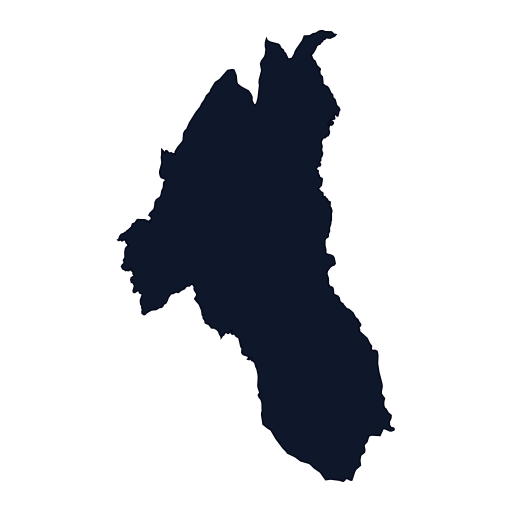 Sasaima, Cundinamarca, Colombia (Equal Earth projection)
{"feature_id": "7082276B5066904917882", "entity_name": "Sasaima", "entity_type": "district", "adm_level": 2, "iso_a3": "COL", "parent_name": "Colombia", "parent_adm1": "Cundinamarca", "projection": "equal_earth", "projection_center": [-74.404, 4.947], "detail": "fine", "context": "isolated", "style": "filled", "palette": "ink", "viewbox_px": 512, "rotation_deg": 0, "n_neighbors": 0, "source": "geoboundaries", "source_scale": "gbopen_adm2", "svg_char_len": 6031}
<svg xmlns="http://www.w3.org/2000/svg" viewBox="0 0 512 512"><path d="M304.3,36.1L302.6,40.6L296.3,49.6L295.0,52.1L294.7,53.6L292.2,58.2L289.0,59.1L288.0,58.9L285.3,53.1L284.1,52.6L283.3,50.0L280.9,48.2L279.6,45.4L278.5,44.3L270.1,42.1L267.3,40.6L266.5,38.8L265.5,42.4L265.4,46.1L266.1,49.5L265.4,54.5L264.7,56.7L261.5,61.1L260.6,63.9L261.8,70.4L259.4,79.8L259.2,82.3L259.6,85.4L258.2,97.8L256.7,103.6L255.0,105.0L254.4,105.2L253.9,104.6L251.9,100.5L252.0,97.3L251.6,96.2L250.6,94.0L248.4,90.9L241.3,87.1L237.7,84.3L236.8,82.6L236.1,75.6L234.0,70.1L232.3,69.6L227.7,70.5L219.9,79.4L215.3,82.5L211.0,89.6L210.2,92.1L206.6,95.6L204.4,100.3L201.8,103.8L200.5,106.9L196.2,112.3L189.5,123.0L186.7,129.5L185.1,130.7L183.7,133.4L183.3,139.4L182.8,141.4L177.9,147.2L175.3,151.5L175.2,154.1L174.3,153.6L173.0,154.1L171.4,152.8L168.9,153.2L167.2,151.0L166.2,150.6L165.6,151.1L165.3,152.8L164.8,152.8L161.8,149.6L161.8,154.8L161.4,157.2L162.0,162.8L159.7,171.4L159.8,173.5L160.4,176.0L161.3,177.6L164.7,178.8L166.0,180.1L163.8,182.4L163.4,187.8L161.9,190.8L161.3,194.3L160.5,196.9L156.3,199.9L155.1,202.4L154.8,206.3L153.9,209.4L150.1,213.2L149.0,215.3L150.7,216.5L151.4,217.7L151.4,218.8L150.9,219.9L149.7,220.5L149.0,221.9L147.8,221.0L146.4,220.9L145.8,220.1L144.8,219.8L137.3,219.6L135.1,222.9L132.4,224.0L131.7,226.9L128.1,230.2L127.1,230.7L126.0,232.3L124.9,232.4L123.8,233.5L121.2,234.4L119.9,236.2L118.7,239.4L117.8,239.9L118.6,240.5L121.1,239.7L121.4,240.6L121.9,240.9L124.2,239.8L125.0,239.9L125.6,240.5L126.2,242.8L127.5,243.7L127.9,245.1L128.8,245.7L126.4,247.1L125.4,249.1L124.9,252.3L125.1,257.4L123.4,260.4L124.0,261.4L124.1,263.1L123.8,263.8L122.5,264.6L121.5,266.6L123.0,269.1L124.2,269.5L125.6,270.6L126.6,270.0L127.4,270.5L128.9,270.6L130.1,268.9L130.6,268.7L131.2,270.6L133.0,271.4L133.0,273.8L134.5,275.8L131.3,277.7L130.8,279.7L131.4,282.3L132.8,282.7L134.4,285.2L134.2,287.3L133.2,290.5L133.2,291.7L133.8,292.4L134.8,292.5L138.0,290.3L139.0,291.1L139.6,292.9L141.8,293.7L142.1,294.3L142.1,295.5L140.5,299.8L140.5,301.2L140.7,304.0L142.0,306.5L141.8,308.3L142.6,309.2L142.0,311.4L142.1,313.3L143.6,314.5L144.8,314.6L146.5,312.8L151.3,310.0L156.1,309.5L159.2,307.6L160.9,307.4L162.5,306.6L163.7,304.2L165.9,303.0L167.2,300.5L168.2,297.4L171.0,293.7L173.4,293.4L175.9,291.9L178.4,292.5L180.9,290.3L184.5,288.7L185.9,286.6L187.4,286.0L189.5,285.9L191.0,284.4L192.8,284.2L194.4,287.1L194.1,288.6L194.4,290.1L196.9,294.0L196.6,295.8L194.8,298.6L195.0,299.3L199.4,304.5L201.8,310.5L202.3,315.0L203.1,316.0L203.3,318.3L205.0,320.6L205.2,322.6L205.6,323.1L209.0,324.5L211.5,327.9L213.8,327.9L216.8,329.4L218.6,331.4L219.6,334.2L221.1,336.7L221.2,337.7L222.5,335.7L223.7,335.0L224.5,333.4L225.9,332.2L227.9,333.4L228.6,333.3L231.0,330.7L231.7,330.4L231.1,332.1L231.3,333.5L232.4,334.3L234.2,333.5L236.3,336.5L237.9,337.1L239.0,338.2L240.7,345.8L241.1,346.9L241.5,346.6L242.1,348.9L241.8,352.3L242.3,353.7L243.6,354.7L248.3,356.3L248.7,357.6L247.6,359.2L249.1,359.6L250.9,358.3L251.5,360.3L252.0,360.0L254.9,362.8L256.0,366.9L257.0,368.9L258.1,374.1L258.4,377.4L257.9,385.5L258.3,388.0L259.7,392.0L259.6,393.1L258.3,395.0L259.2,397.3L261.1,399.5L262.1,403.0L262.3,410.9L261.7,413.3L261.7,415.0L263.1,424.3L268.0,428.2L271.0,430.0L276.0,438.6L282.8,447.7L286.6,451.6L287.4,453.0L295.2,456.7L300.6,460.8L309.2,463.3L310.7,464.4L314.1,467.8L320.4,472.2L325.7,479.7L330.4,479.0L339.3,480.1L343.1,481.3L344.6,480.3L345.5,478.6L347.2,478.5L350.8,480.2L351.8,480.1L354.5,471.8L355.7,469.4L360.4,465.3L359.8,460.3L360.4,456.5L360.8,455.2L364.3,452.4L364.7,451.0L364.7,449.2L363.9,445.8L364.7,444.1L367.0,441.6L368.6,436.2L370.5,435.2L372.4,435.0L380.0,435.5L383.0,428.7L383.9,428.5L386.0,429.1L389.9,430.9L391.7,430.9L393.8,430.0L394.2,429.2L393.6,428.1L390.7,427.4L389.3,424.7L389.3,421.5L390.9,418.1L391.1,415.3L388.2,413.0L385.8,408.9L384.8,408.5L383.7,405.8L383.6,401.8L384.5,398.4L382.4,395.7L381.2,393.6L381.2,391.5L382.1,386.7L381.9,384.2L378.8,372.1L377.5,363.4L377.8,355.0L377.1,351.4L375.6,350.5L372.0,350.3L371.5,349.9L371.2,348.6L371.5,346.1L369.4,343.3L367.1,338.4L359.9,331.9L359.5,331.0L359.5,329.3L358.7,327.8L360.5,325.5L360.6,324.3L358.7,321.6L357.9,319.6L355.5,317.7L352.9,312.8L349.0,309.5L346.5,308.6L343.2,304.6L342.8,303.6L341.4,303.0L340.1,301.7L339.7,300.9L339.2,298.0L337.9,296.2L334.0,294.4L333.6,293.7L333.2,289.1L332.7,287.7L331.6,286.9L330.4,287.2L328.4,284.1L328.3,278.4L326.8,273.8L327.4,270.8L330.1,267.1L332.3,265.5L334.2,264.9L335.2,263.5L334.0,257.8L332.9,256.1L331.1,255.2L327.0,254.1L325.7,253.2L325.8,249.9L324.8,245.4L324.9,239.9L325.8,238.2L327.8,237.1L328.3,236.2L328.3,233.8L329.5,231.2L329.3,228.0L330.7,223.8L330.7,222.0L331.3,220.3L331.3,213.2L331.9,210.9L331.0,207.9L329.9,206.4L330.2,202.1L328.2,201.1L327.2,199.1L326.0,198.3L325.0,196.6L323.1,197.1L322.9,193.1L321.9,192.2L320.7,191.8L319.7,190.3L318.3,189.2L318.4,188.5L321.3,185.3L322.3,179.4L321.9,178.4L319.5,177.2L319.1,175.3L318.0,173.2L318.2,170.8L316.2,169.5L316.0,168.6L318.1,166.2L320.1,165.8L320.5,165.0L320.5,163.9L319.2,162.2L320.7,160.4L320.7,157.8L322.0,155.9L322.6,153.2L321.4,150.1L322.1,146.3L321.1,142.7L321.3,141.2L323.1,137.9L325.1,137.7L326.7,136.1L328.1,135.7L329.2,133.6L329.4,131.9L328.6,128.6L329.4,125.4L328.2,124.2L328.1,123.1L329.6,122.6L330.2,124.5L331.0,125.2L331.9,125.0L333.0,123.9L333.3,123.0L333.2,122.2L330.9,120.3L330.9,119.7L334.6,118.9L334.7,118.0L334.1,115.8L334.6,114.4L335.5,114.4L337.1,115.9L337.8,116.0L338.9,111.2L339.8,109.8L338.8,107.5L336.6,105.5L335.1,99.8L332.8,97.5L332.5,94.6L330.9,93.3L328.7,88.4L327.1,86.5L325.6,86.2L324.2,84.9L323.1,85.1L322.3,76.8L320.1,74.5L319.9,73.6L319.6,70.9L320.2,69.8L320.2,68.9L316.7,65.5L315.1,61.1L313.5,60.0L312.5,58.5L311.6,56.0L310.9,55.4L313.3,52.6L315.5,48.8L316.7,45.8L318.0,44.7L320.2,43.9L321.1,42.0L322.4,41.5L323.0,39.9L325.0,39.1L326.4,37.6L330.0,38.2L334.6,36.1L335.9,34.6L334.1,34.3L331.5,31.9L325.0,31.7L323.1,30.8L321.3,30.7L319.1,31.2L315.8,33.3L313.0,33.8L309.8,35.8L304.3,36.1Z" fill="#0f172a" stroke="#020617" stroke-width="1.5"/></svg>